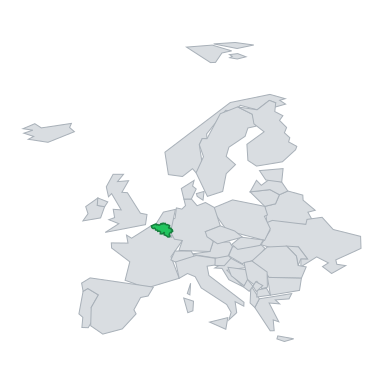 where Belgium sits in Europe
{"feature_id": "BEL", "entity_name": "Belgium", "entity_type": "country or territory", "adm_level": 0, "iso_a3": "BEL", "parent_name": "Europe", "parent_adm1": "", "projection": "robinson", "projection_center": [4.727, 50.501], "detail": "fine", "context": "in_parent", "style": "filled", "palette": "green", "viewbox_px": 384, "rotation_deg": 0, "n_neighbors": 37, "source": "natural_earth", "source_scale": "50m", "svg_char_len": 9193}
<svg xmlns="http://www.w3.org/2000/svg" viewBox="0 0 384 384"><path d="M186.5,47.1L212.3,45.1L231.7,50.9L221.9,53.0L215.5,62.4L210.5,62.6L186.5,47.1ZM285.6,104.1L274.6,107.2L275.7,102.8L269.3,100.4L257.1,109.8L240.2,105.3L234.6,111.3L225.7,110.3L206.6,133.9L207.0,138.7L202.2,138.6L199.3,144.7L202.3,164.3L196.1,172.8L192.5,168.7L182.5,176.5L168.4,174.6L164.9,152.2L230.3,102.5L269.9,94.4L285.2,98.7L279.7,100.3L285.6,104.1ZM253.8,45.0L237.1,48.5L213.6,43.9L235.2,42.5L253.8,45.0ZM246.0,56.8L237.3,59.0L229.7,57.7L232.3,56.3L229.5,54.6L237.7,53.6L246.0,56.8Z" fill="#d9dde1" stroke="#a8b0b8" stroke-width="1"/><path d="M151.4,225.6L182.4,240.5L171.0,256.7L179.2,278.3L146.6,288.0L125.1,280.3L129.8,261.8L111.6,248.0L111.3,242.9L128.0,243.1L126.5,235.1L131.6,238.2L151.4,225.6ZM187.3,293.5L190.6,283.2L189.9,294.9L187.3,293.5Z" fill="#d9dde1" stroke="#a8b0b8" stroke-width="1"/><path d="M196.1,172.8L203.5,156.7L199.3,144.7L202.2,138.6L207.0,138.7L220.3,113.7L237.6,106.9L252.2,114.2L255.9,126.2L247.9,128.0L245.1,136.3L228.9,147.2L226.2,156.4L235.5,164.6L226.2,173.7L222.7,191.4L207.4,196.4L196.1,172.8Z" fill="#d9dde1" stroke="#a8b0b8" stroke-width="1"/><path d="M287.8,191.0L302.8,195.1L303.1,200.2L315.2,210.3L307.9,212.2L311.7,219.0L305.8,224.4L266.9,222.6L264.8,206.4L275.5,203.8L279.4,194.7L287.8,191.0Z" fill="#d9dde1" stroke="#a8b0b8" stroke-width="1"/><path d="M336.8,264.3L345.7,265.6L331.6,273.5L322.5,266.6L328.4,262.9L316.7,256.9L300.9,266.8L300.9,258.8L307.5,258.9L298.4,246.9L277.2,249.6L261.1,244.7L270.0,230.6L266.9,222.6L272.3,220.4L305.8,224.4L307.0,219.4L322.1,217.3L333.2,229.5L360.6,236.4L361.0,248.4L335.8,259.9L336.8,264.3Z" fill="#d9dde1" stroke="#a8b0b8" stroke-width="1"/><path d="M264.8,206.4L267.5,214.9L264.4,216.3L270.3,228.7L264.6,240.4L227.0,230.6L214.4,212.9L214.3,207.5L232.6,199.9L264.8,206.4Z" fill="#d9dde1" stroke="#a8b0b8" stroke-width="1"/><path d="M232.5,246.8L227.7,257.0L219.9,258.8L190.5,254.1L209.9,251.5L213.2,241.5L229.6,242.1L232.5,246.8Z" fill="#d9dde1" stroke="#a8b0b8" stroke-width="1"/><path d="M261.1,244.7L265.0,248.5L256.4,259.6L242.0,263.6L228.7,255.8L232.5,246.8L261.1,244.7Z" fill="#d9dde1" stroke="#a8b0b8" stroke-width="1"/><path d="M286.7,246.1L298.4,246.9L307.5,258.9L300.9,258.8L298.1,265.5L296.4,256.1L286.7,246.1Z" fill="#d9dde1" stroke="#a8b0b8" stroke-width="1"/><path d="M298.1,265.5L306.2,266.9L301.4,278.2L268.9,277.4L251.9,261.0L267.3,247.0L286.7,246.1L296.4,256.1L298.1,265.5Z" fill="#d9dde1" stroke="#a8b0b8" stroke-width="1"/><path d="M279.4,194.7L275.5,203.8L264.8,206.4L250.1,191.9L270.0,189.6L279.4,194.7Z" fill="#d9dde1" stroke="#a8b0b8" stroke-width="1"/><path d="M281.7,182.1L287.8,191.0L279.4,194.7L270.0,189.6L250.1,191.9L256.5,180.3L261.3,185.3L270.1,178.8L281.7,182.1Z" fill="#d9dde1" stroke="#a8b0b8" stroke-width="1"/><path d="M283.1,168.6L281.7,182.1L265.8,180.0L259.5,170.6L283.1,168.6Z" fill="#d9dde1" stroke="#a8b0b8" stroke-width="1"/><path d="M214.3,207.5L220.3,225.9L205.3,231.7L213.2,241.5L209.9,251.5L179.0,250.4L182.4,240.5L174.4,239.2L170.9,232.7L170.5,220.7L175.1,218.1L176.4,207.9L181.9,209.1L185.5,205.6L183.9,199.1L191.4,199.0L197.1,205.7L205.4,202.5L214.3,207.5Z" fill="#d9dde1" stroke="#a8b0b8" stroke-width="1"/><path d="M267.0,274.4L268.9,277.4L301.4,278.2L299.5,290.4L270.4,295.2L267.0,274.4Z" fill="#d9dde1" stroke="#a8b0b8" stroke-width="1"/><path d="M293.7,338.8L284.4,341.5L276.9,338.9L277.8,335.9L293.7,338.8ZM259.3,298.8L291.7,293.6L289.0,298.9L275.3,299.9L279.7,303.9L269.1,303.0L278.8,321.8L273.2,319.9L274.2,330.7L270.2,330.8L254.8,307.5L259.3,298.8Z" fill="#d9dde1" stroke="#a8b0b8" stroke-width="1"/><path d="M259.3,298.8L254.8,307.5L250.1,303.0L250.9,285.5L259.3,298.8Z" fill="#d9dde1" stroke="#a8b0b8" stroke-width="1"/><path d="M230.9,258.3L247.6,267.3L226.9,270.2L243.5,287.0L228.9,279.7L222.0,268.4L214.8,268.0L230.9,258.3Z" fill="#d9dde1" stroke="#a8b0b8" stroke-width="1"/><path d="M191.1,251.1L195.6,258.4L178.1,263.4L170.9,259.9L174.9,251.0L191.1,251.1Z" fill="#d9dde1" stroke="#a8b0b8" stroke-width="1"/><path d="M169.4,232.9L171.7,237.3L168.8,236.9L169.4,232.9Z" fill="#d9dde1" stroke="#a8b0b8" stroke-width="1"/><path d="M175.4,209.4L171.5,228.0L155.8,224.2L163.4,212.1L175.4,209.4Z" fill="#d9dde1" stroke="#a8b0b8" stroke-width="1"/><path d="M83.1,291.3L87.8,288.5L98.4,294.9L91.2,307.5L93.5,318.7L88.2,327.7L81.9,327.5L82.8,317.3L78.9,313.9L83.1,291.3Z" fill="#d9dde1" stroke="#a8b0b8" stroke-width="1"/><path d="M90.7,325.8L91.2,307.5L98.4,294.9L87.8,288.5L83.1,291.3L81.6,283.1L90.1,277.9L153.4,287.1L148.1,296.0L140.6,297.5L133.9,309.8L136.1,313.9L122.3,328.9L102.8,334.1L90.7,325.8Z" fill="#d9dde1" stroke="#a8b0b8" stroke-width="1"/><path d="M104.6,206.7L100.6,217.9L82.9,220.9L88.0,213.7L85.7,206.6L97.8,198.0L97.3,205.4L104.6,206.7Z" fill="#d9dde1" stroke="#a8b0b8" stroke-width="1"/><path d="M196.0,255.5L215.2,258.3L216.3,264.8L207.1,266.2L208.9,275.5L244.0,302.3L243.8,306.2L235.1,301.6L236.7,312.7L228.9,319.9L231.1,312.3L226.7,304.5L201.2,287.9L195.2,276.7L187.5,273.5L179.2,278.3L175.6,261.9L196.0,255.5ZM209.6,322.1L227.8,317.6L225.8,329.3L209.6,322.1ZM183.7,298.0L193.5,301.2L192.9,310.8L187.8,312.7L183.7,298.0Z" fill="#d9dde1" stroke="#a8b0b8" stroke-width="1"/><path d="M191.4,199.0L183.9,199.1L181.3,188.5L194.1,180.4L192.6,186.1L196.2,189.0L191.4,199.0ZM204.1,191.4L203.0,200.2L197.2,196.4L196.4,193.6L204.1,191.4Z" fill="#d9dde1" stroke="#a8b0b8" stroke-width="1"/><path d="M104.6,206.7L97.3,205.4L97.8,198.0L107.8,201.9L104.6,206.7ZM121.2,209.9L111.6,193.6L108.5,196.8L106.3,186.8L113.1,174.3L123.5,174.3L117.5,181.6L128.6,180.7L121.9,192.3L127.4,192.7L140.4,213.2L147.0,214.5L145.5,224.6L105.2,232.4L118.8,223.7L108.8,219.7L114.6,217.6L113.2,209.3L121.2,209.9Z" fill="#d9dde1" stroke="#a8b0b8" stroke-width="1"/><path d="M71.4,123.4L69.6,127.5L74.4,131.7L48.0,142.3L28.3,139.3L33.7,136.4L23.8,133.2L32.9,130.2L23.0,128.7L34.8,123.7L41.3,127.9L71.4,123.4Z" fill="#d9dde1" stroke="#a8b0b8" stroke-width="1"/><path d="M215.2,258.3L228.7,255.8L230.9,258.3L224.3,265.7L215.0,265.4L215.2,258.3Z" fill="#d9dde1" stroke="#a8b0b8" stroke-width="1"/><path d="M275.7,102.8L274.8,111.6L282.9,115.7L279.5,120.4L286.6,127.5L284.4,132.8L289.8,137.7L288.6,141.9L296.8,146.4L295.6,149.7L282.4,161.8L256.5,166.1L247.9,160.4L246.9,144.3L264.1,131.8L253.9,123.8L252.2,114.2L237.6,106.9L257.1,109.8L269.3,100.4L275.7,102.8Z" fill="#d9dde1" stroke="#a8b0b8" stroke-width="1"/><path d="M263.3,240.0L260.0,245.4L237.7,249.4L231.8,244.4L240.7,237.1L263.3,240.0Z" fill="#d9dde1" stroke="#a8b0b8" stroke-width="1"/><path d="M220.3,225.9L234.7,231.0L242.4,237.1L217.5,243.8L207.0,236.8L205.3,231.7L220.3,225.9Z" fill="#d9dde1" stroke="#a8b0b8" stroke-width="1"/><path d="M244.1,285.8L231.3,275.8L228.0,267.3L247.7,269.9L248.8,279.2L244.1,285.8Z" fill="#d9dde1" stroke="#a8b0b8" stroke-width="1"/><path d="M266.5,288.2L270.4,295.2L256.8,297.0L257.2,290.1L266.5,288.2Z" fill="#d9dde1" stroke="#a8b0b8" stroke-width="1"/><path d="M244.1,262.5L251.9,261.0L267.1,272.0L267.4,287.2L261.8,288.7L256.9,281.3L253.9,284.6L247.5,279.5L244.1,262.5Z" fill="#d9dde1" stroke="#a8b0b8" stroke-width="1"/><path d="M252.9,286.2L249.2,291.3L243.5,287.0L247.5,279.5L252.9,286.2Z" fill="#d9dde1" stroke="#a8b0b8" stroke-width="1"/><path d="M256.3,291.5L252.9,286.2L255.8,281.7L262.8,285.6L256.3,291.5Z" fill="#d9dde1" stroke="#a8b0b8" stroke-width="1"/><path d="M160.8,223.9L161.2,224.1L161.6,224.1L161.8,224.1L161.7,223.6L162.0,223.4L162.3,223.3L162.5,223.5L162.8,223.7L163.0,223.7L163.7,223.2L163.9,223.3L164.0,223.5L164.1,223.8L164.7,223.8L165.0,223.5L165.2,223.4L165.4,223.5L165.5,223.8L165.6,224.2L166.2,224.7L166.8,224.8L167.4,224.7L167.7,224.6L167.9,224.7L168.0,224.9L168.4,225.2L169.2,225.4L169.5,225.5L169.6,226.0L169.2,226.7L169.2,226.9L169.2,227.0L168.6,227.5L168.8,228.0L169.2,228.3L169.5,228.3L170.0,228.3L170.6,228.3L170.6,228.5L171.3,228.8L171.5,229.1L171.9,229.4L171.5,229.8L171.7,230.1L172.2,230.2L172.5,230.4L172.5,230.8L172.6,231.4L171.6,231.9L171.3,232.6L171.2,232.7L170.9,232.5L170.5,232.4L169.9,233.0L169.6,233.5L169.5,233.8L169.2,234.1L169.2,234.4L169.2,234.6L169.1,234.9L169.5,235.3L170.0,236.1L169.9,236.3L169.7,236.5L169.5,236.8L169.0,236.8L168.5,236.9L168.1,237.0L167.9,237.0L167.5,236.7L167.0,236.2L166.8,236.0L166.6,235.8L166.3,235.7L165.8,235.5L165.4,235.3L165.1,235.1L164.7,235.0L164.3,235.0L164.2,234.6L164.2,234.2L163.9,233.8L164.3,232.6L164.1,232.5L163.8,232.6L163.4,232.9L163.3,233.2L163.2,233.5L162.5,233.8L161.6,233.9L160.5,233.8L160.3,233.8L160.3,233.7L160.3,233.4L160.5,233.2L160.6,232.9L160.4,232.6L160.3,232.3L160.5,232.0L160.5,231.8L159.8,231.3L159.2,231.2L158.7,231.2L158.3,231.1L158.1,231.2L158.0,231.3L157.8,231.4L157.7,231.3L157.5,230.4L157.3,230.2L156.6,230.1L155.7,230.0L155.5,229.9L155.4,229.4L155.3,228.9L155.0,228.5L154.9,228.4L154.6,228.1L154.1,228.2L153.6,228.5L153.2,228.6L152.7,228.3L152.2,227.9L151.8,227.5L151.7,227.2L151.8,226.9L151.7,226.7L151.5,226.3L151.4,225.9L153.8,224.8L155.3,224.2L156.0,224.0L156.1,224.6L156.3,224.8L156.6,224.9L156.9,224.8L157.2,224.6L157.8,224.7L158.2,224.8L158.3,225.0L158.6,225.1L159.0,225.2L159.8,224.9L160.5,224.5L160.7,224.2L160.8,223.9Z" fill="#22c55e" stroke="#15803d" stroke-width="1.5"/></svg>